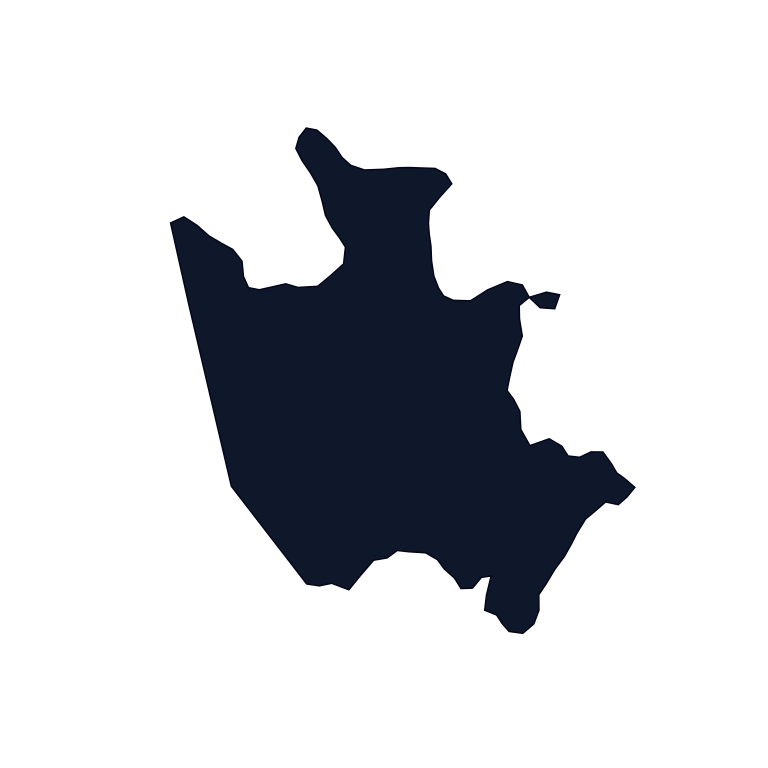 outline of Marema, Santa Catarina, Brazil, rotated 33°
{"feature_id": "56859067B18481961771454", "entity_name": "Marema", "entity_type": "district", "adm_level": 2, "iso_a3": "BRA", "parent_name": "Brazil", "parent_adm1": "Santa Catarina", "projection": "robinson", "projection_center": [-52.623, -26.808], "detail": "fine", "context": "isolated", "style": "filled", "palette": "ink", "viewbox_px": 768, "rotation_deg": 33, "n_neighbors": 0, "source": "geoboundaries", "source_scale": "gbopen_adm2", "svg_char_len": 1623}
<svg xmlns="http://www.w3.org/2000/svg" viewBox="0 0 768 768"><g transform="rotate(33 384 384)"><path d="M428.1,593.8L439.7,588.5L448.7,579.6L466.6,575.7L468.6,557.0L471.3,537.4L481.3,528.2L485.8,516.4L496.3,511.1L510.8,502.9L524.5,502.2L535.4,506.3L548.9,508.4L560.0,513.6L569.4,507.0L571.0,493.1L578.4,486.7L585.0,505.4L591.7,518.9L604.2,516.4L613.5,520.5L623.7,523.4L636.2,517.5L640.3,503.6L637.2,489.4L628.6,476.4L628.8,463.6L628.2,446.7L629.2,430.3L628.2,414.9L627.0,404.0L626.6,387.5L630.6,374.5L634.1,362.2L646.2,357.6L649.3,346.4L650.7,334.1L637.8,332.3L627.6,331.8L618.1,327.0L604.6,321.8L594.6,328.2L588.0,338.9L577.6,344.1L566.9,339.3L552.4,340.0L539.9,356.2L523.5,347.6L512.9,333.0L501.2,326.3L490.7,322.4L485.8,310.1L480.3,295.5L477.8,284.3L473.9,268.5L462.1,255.5L454.7,244.6L458.6,232.2L446.1,225.6L431.7,230.9L419.6,248.7L411.2,267.2L396.5,276.1L385.9,277.7L377.4,273.8L367.0,266.3L356.8,254.8L348.2,242.7L340.4,233.8L333.8,225.1L327.3,213.5L328.9,197.5L331.8,179.2L321.3,174.2L309.4,175.4L297.8,182.4L287.1,188.8L278.7,194.5L266.8,204.1L251.1,215.1L237.1,218.7L225.5,216.9L214.4,212.1L201.9,209.2L189.4,207.6L179.4,211.7L178.4,223.3L181.8,234.5L193.9,241.4L207.0,246.8L220.5,253.7L232.6,264.4L243.1,274.5L255.6,281.3L267.7,285.9L277.1,290.2L284.7,305.3L280.1,322.4L275.2,338.2L259.2,349.9L247.0,353.5L237.5,363.3L228.1,372.9L217.9,377.0L207.6,370.4L198.0,358.3L183.9,353.5L169.9,354.6L156.4,355.1L140.8,352.8L125.1,352.8L117.3,365.2L177.9,424.5L311.7,552.9L428.1,593.8ZM458.6,232.2L473.3,235.0L486.2,227.9L482.7,213.5L470.2,218.5L458.6,232.2Z" fill="#0f172a" stroke="#020617" stroke-width="1.5"/></g></svg>